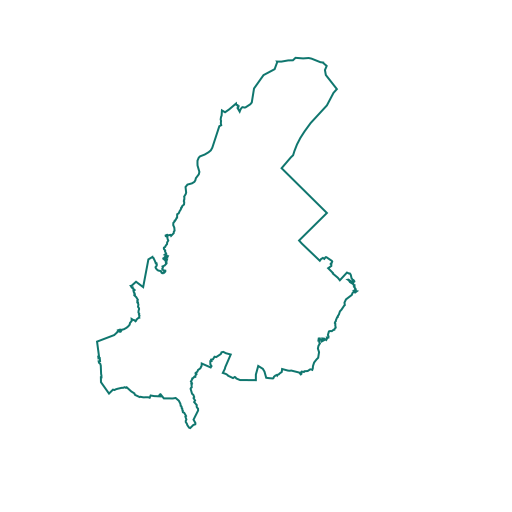 Nicolás Romero, México, Mexico (Albers equal-area conic projection), rotated 125°
{"feature_id": "50627088B48014744788931", "entity_name": "Nicolás Romero", "entity_type": "district", "adm_level": 2, "iso_a3": "MEX", "parent_name": "Mexico", "parent_adm1": "México", "projection": "albers", "projection_center": [-99.37, 19.634], "detail": "fine", "context": "isolated", "style": "outline", "palette": "teal", "viewbox_px": 512, "rotation_deg": 125, "n_neighbors": 0, "source": "geoboundaries", "source_scale": "gbopen_adm2", "svg_char_len": 6147}
<svg xmlns="http://www.w3.org/2000/svg" viewBox="0 0 512 512"><g transform="rotate(125 256 256)"><path d="M352.3,341.4L353.0,339.9L352.6,339.2L353.1,339.1L353.0,337.8L353.8,337.2L353.4,336.0L353.6,335.8L354.9,336.3L355.8,335.2L356.0,334.4L356.8,334.0L356.7,333.4L357.3,332.9L358.0,333.0L358.4,330.5L359.7,327.6L361.0,327.5L361.6,326.2L362.2,326.3L362.2,325.8L363.3,324.4L365.3,323.5L365.9,321.9L366.6,321.3L368.4,320.7L369.8,319.8L370.3,318.5L371.3,318.2L371.6,317.3L373.1,316.7L373.5,316.2L374.2,316.8L376.4,317.4L377.8,317.1L378.6,317.3L378.3,318.7L378.8,319.9L378.9,321.8L380.5,320.6L383.2,320.8L384.7,320.1L386.9,320.3L389.1,320.9L391.8,322.2L394.1,324.3L394.2,325.1L395.4,326.0L395.4,324.7L395.1,323.5L395.7,323.5L396.2,324.2L396.3,325.8L396.5,326.1L397.1,326.2L397.4,325.8L402.1,326.8L417.3,337.1L428.4,326.9L428.9,327.5L430.2,326.3L429.3,325.4L431.5,323.5L432.5,324.5L433.5,323.4L433.6,321.8L434.8,320.3L441.5,315.2L442.5,314.1L444.0,313.0L444.3,313.5L444.6,313.3L448.3,310.6L453.0,297.5L447.5,296.5L447.0,295.1L445.5,294.3L444.0,293.1L440.8,290.2L440.3,289.3L438.9,288.4L438.6,287.0L438.1,287.0L437.7,286.7L438.5,280.5L438.3,276.8L439.1,275.7L439.1,275.1L438.3,270.4L437.6,269.9L436.5,267.4L433.5,263.2L433.1,261.8L430.7,262.3L429.2,259.1L426.1,254.2L425.6,255.3L424.6,255.3L424.0,254.9L425.5,249.8L420.3,242.3L418.4,240.4L418.8,236.2L420.4,233.2L421.9,231.8L421.8,231.5L422.1,230.6L423.3,229.5L423.3,228.9L424.5,227.9L424.6,227.3L425.6,226.7L425.9,226.2L425.6,224.9L427.2,221.5L428.1,221.7L429.9,219.2L431.3,219.0L432.3,218.3L433.0,216.5L434.0,215.1L435.0,212.3L434.7,211.2L430.3,210.4L428.7,209.2L427.6,209.8L425.9,213.3L415.8,214.8L414.3,215.9L413.9,217.6L413.1,218.5L412.1,219.0L411.1,222.9L409.3,223.0L408.2,225.7L407.0,225.7L405.7,227.7L405.5,229.4L402.3,233.4L401.5,233.6L400.5,233.3L398.5,234.9L397.5,235.1L397.6,235.8L396.5,236.1L396.2,237.3L393.3,237.6L392.9,238.0L391.7,237.4L390.4,237.3L389.8,236.4L388.6,237.1L387.0,237.0L387.0,237.4L386.6,237.6L386.8,238.2L386.5,238.4L384.4,237.7L382.6,238.1L380.4,237.3L379.1,237.2L378.4,237.5L377.3,237.5L375.2,238.8L373.3,229.2L371.7,229.3L371.0,231.2L368.4,233.1L367.5,232.2L366.6,233.3L365.3,232.0L362.3,232.2L361.6,230.6L357.3,228.9L356.2,228.6L354.7,229.0L353.3,227.8L352.9,224.9L351.2,220.2L364.8,217.4L366.2,216.8L370.8,216.1L369.9,213.0L369.8,211.0L370.1,210.3L369.2,204.8L367.3,204.0L367.2,203.3L367.6,201.8L366.8,198.0L357.8,184.9L353.2,188.1L344.8,191.1L344.5,185.7L345.8,182.8L349.9,177.8L348.6,175.3L346.6,171.9L346.1,171.7L344.6,172.0L343.0,171.6L341.6,170.8L341.8,170.1L341.0,170.2L339.8,169.4L338.8,169.3L336.2,168.4L333.6,169.8L331.5,164.0L330.7,162.6L329.6,161.4L326.7,153.8L327.3,151.4L326.5,151.2L325.5,151.9L325.3,152.4L324.5,152.3L323.5,150.2L322.6,150.2L320.6,147.7L317.8,146.6L317.2,145.6L317.0,144.6L315.5,145.0L313.5,146.2L309.9,147.3L306.1,147.1L303.7,146.7L298.6,149.2L296.3,152.2L293.8,153.3L291.0,153.5L290.8,154.2L289.0,155.9L289.4,156.4L287.6,157.3L287.1,156.7L287.5,156.5L287.1,155.0L288.4,153.2L286.4,152.2L286.9,153.8L285.7,153.8L285.4,154.2L284.5,152.6L284.5,150.3L282.8,150.5L282.1,151.2L281.3,149.9L280.2,150.5L279.5,151.8L276.0,153.0L275.0,152.3L274.1,150.8L272.4,150.3L271.4,149.5L270.5,149.9L269.0,149.6L267.1,151.5L266.1,152.0L265.7,153.0L264.7,153.3L263.7,153.2L262.8,153.7L259.6,154.4L259.0,154.0L258.0,154.6L256.5,154.5L253.2,155.5L251.1,155.2L246.0,155.3L245.3,155.1L243.4,156.8L239.9,157.4L233.0,155.2L231.0,155.7L229.3,155.5L229.1,153.9L227.0,153.2L227.5,154.5L227.7,155.5L226.9,154.9L226.0,155.2L226.0,156.1L225.5,156.4L225.0,158.0L224.4,157.8L223.4,158.6L223.8,159.1L223.4,160.3L223.0,160.5L223.5,162.4L223.1,163.0L223.5,164.0L222.7,166.0L222.7,167.1L222.3,166.7L222.2,163.5L221.3,161.1L220.5,160.8L220.3,160.9L219.8,162.4L220.1,162.9L219.4,165.0L217.3,167.3L216.8,168.1L216.5,169.2L217.0,169.7L217.4,172.0L227.8,173.4L226.9,176.4L226.3,183.0L225.8,183.2L224.6,189.9L221.0,188.6L219.9,189.3L219.7,190.3L219.1,190.3L218.9,189.9L216.8,190.4L216.5,191.1L216.6,197.6L217.1,198.3L219.2,198.4L219.2,200.1L221.4,201.0L223.3,201.0L219.5,225.8L218.6,229.6L180.1,222.6L169.4,285.4L155.0,284.0L152.2,283.4L148.1,284.7L141.1,286.4L133.7,287.4L126.0,287.7L115.7,287.5L92.0,284.3L77.9,286.1L72.9,285.5L67.7,302.6L64.1,306.2L59.8,307.1L59.3,311.7L59.0,311.9L60.3,314.4L62.5,323.8L63.6,326.4L67.1,330.7L71.0,337.3L74.5,338.0L77.3,341.8L82.1,346.6L84.6,350.2L84.7,349.9L92.3,347.9L103.5,353.6L119.9,353.7L132.7,347.5L135.0,347.7L140.2,349.8L140.9,350.4L141.8,352.4L142.4,352.7L144.7,352.8L147.1,352.2L145.4,355.9L144.7,355.6L144.2,356.1L143.3,356.2L143.5,357.0L143.1,357.4L143.3,357.8L143.1,358.1L143.4,359.1L142.6,359.8L151.4,362.1L156.0,363.8L156.3,367.4L160.7,364.7L162.1,364.4L164.4,363.3L165.4,362.1L167.4,361.0L168.8,359.5L170.7,360.5L192.4,353.9L195.4,353.6L198.3,354.4L202.3,356.2L206.5,359.0L208.3,359.3L211.5,358.6L213.8,357.0L215.4,355.8L219.6,350.6L221.9,349.7L226.7,349.9L228.8,349.1L230.6,349.0L233.2,350.1L236.8,353.1L239.9,353.3L244.1,349.6L245.6,349.1L248.6,348.9L249.3,348.1L251.1,347.0L251.5,347.1L252.8,346.3L253.0,345.7L255.1,344.5L257.5,345.1L258.8,344.6L259.3,345.0L261.0,344.3L262.8,344.3L265.4,343.8L267.0,344.5L269.9,342.6L270.4,342.9L272.4,342.5L273.6,342.9L273.9,342.5L276.3,342.7L278.2,341.5L279.6,339.2L282.0,337.2L283.1,337.3L284.5,336.5L288.2,337.1L287.7,338.0L287.8,338.3L289.5,339.7L289.5,340.8L289.8,341.1L291.0,341.8L291.5,341.3L291.3,340.1L291.5,339.3L292.6,338.4L293.7,336.7L295.8,336.6L297.3,335.7L299.2,335.9L300.6,335.6L302.0,336.2L302.7,335.8L303.2,335.2L303.5,333.6L304.3,333.3L305.6,331.0L307.3,331.5L306.9,329.9L308.0,330.0L306.8,328.1L307.9,327.9L310.2,330.1L311.1,330.6L311.4,330.4L311.6,327.8L310.4,328.1L309.8,326.9L312.0,326.2L312.0,327.1L313.1,326.0L312.7,325.6L313.4,325.0L316.2,325.4L318.2,326.6L318.9,325.6L320.4,325.4L321.0,323.3L320.3,322.6L320.0,321.9L320.7,321.4L322.4,321.6L323.4,322.9L323.7,322.7L323.9,323.1L323.8,324.0L322.9,325.2L324.0,327.8L323.9,329.6L323.4,331.1L322.8,331.9L320.9,331.8L319.8,332.4L319.0,333.4L319.5,333.9L318.4,335.4L316.3,339.1L316.8,340.1L316.4,340.4L320.5,342.2L346.2,330.6L345.9,339.5L351.9,340.9L352.3,341.4Z" fill="none" stroke="#0f766e" stroke-width="2"/></g></svg>